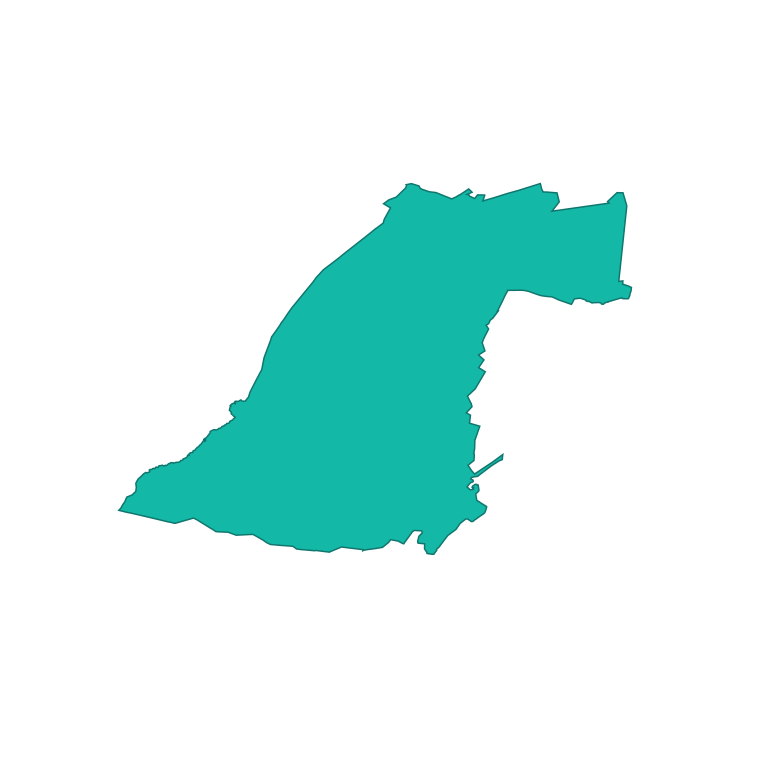 outline of Saunas pag., Preilu, Latvia, rotated 158°
{"feature_id": "27541924B85547198118139", "entity_name": "Saunas pag.", "entity_type": "district", "adm_level": 2, "iso_a3": "LVA", "parent_name": "Latvia", "parent_adm1": "Preilu", "projection": "equal_earth", "projection_center": [26.635, 56.393], "detail": "fine", "context": "isolated", "style": "filled", "palette": "teal", "viewbox_px": 768, "rotation_deg": 158, "n_neighbors": 0, "source": "geoboundaries", "source_scale": "gbopen_adm2", "svg_char_len": 6119}
<svg xmlns="http://www.w3.org/2000/svg" viewBox="0 0 768 768"><g transform="rotate(158 384 384)"><path d="M164.0,511.3L187.7,513.2L198.1,514.4L212.3,515.5L223.8,516.7L219.8,521.3L219.9,521.5L226.4,524.3L230.3,522.1L230.6,522.2L234.2,526.0L234.5,527.6L236.0,528.7L230.5,528.8L232.4,533.1L242.6,531.0L243.0,531.1L243.9,531.0L247.7,530.4L251.9,530.3L264.2,542.1L269.9,545.2L275.6,550.1L277.1,551.8L277.4,554.5L277.6,554.7L283.5,559.5L288.8,560.5L288.7,559.7L290.4,557.7L302.6,552.7L310.5,552.9L316.9,551.3L312.0,544.8L321.5,537.1L323.1,535.4L324.4,533.5L333.2,531.2L333.8,531.1L340.2,529.1L368.8,520.8L381.4,517.0L397.2,512.7L406.8,508.2L411.2,505.4L441.2,489.0L447.1,485.2L452.9,481.2L456.5,479.1L458.4,477.6L463.2,474.4L470.5,469.8L472.6,467.2L485.1,453.6L486.4,451.7L491.9,443.2L501.2,435.4L511.1,426.8L514.6,422.6L519.2,420.1L521.9,421.2L522.2,421.5L522.4,422.6L522.7,422.8L523.1,422.9L524.4,422.5L525.7,422.5L526.3,422.7L527.2,423.3L528.2,423.6L528.7,423.6L529.1,423.3L528.4,422.9L529.3,421.4L529.5,421.7L530.6,422.4L531.9,422.6L532.5,422.5L534.6,421.7L534.8,421.5L534.2,421.0L534.2,420.8L535.5,419.9L536.1,419.2L537.1,417.7L537.2,417.2L536.8,416.7L536.0,415.1L536.7,414.1L536.8,413.5L535.9,412.0L535.5,410.6L534.4,409.1L534.5,408.8L534.7,408.6L536.7,408.1L537.8,407.3L538.3,407.2L539.1,407.4L541.2,407.0L541.4,406.4L542.0,405.9L542.7,405.8L544.5,406.3L545.9,405.5L547.2,405.6L548.1,405.2L548.3,405.0L549.7,405.3L550.3,405.2L551.2,404.6L551.8,404.4L552.5,404.4L553.8,404.7L555.1,404.2L555.9,404.2L556.5,404.1L557.1,404.3L557.9,405.0L559.3,405.4L560.1,405.3L560.9,405.4L562.4,405.1L563.0,405.1L563.1,404.5L563.6,403.8L564.9,403.1L565.4,402.7L566.5,402.2L567.1,401.6L569.1,400.7L570.8,400.6L571.9,400.1L572.0,399.8L571.9,399.6L571.5,399.5L570.7,399.6L570.4,399.4L570.2,399.2L570.5,398.5L571.5,397.9L571.8,397.9L572.0,398.3L572.8,398.8L573.2,398.8L574.2,397.9L575.4,397.4L576.1,396.7L577.9,396.3L579.1,395.5L581.3,395.0L582.3,394.5L583.0,394.2L583.4,393.7L583.8,393.6L585.7,393.5L586.3,393.3L586.5,393.0L586.5,392.6L586.7,392.4L587.0,392.2L587.5,392.2L588.7,392.7L590.1,392.6L590.9,392.2L591.1,392.0L591.3,391.8L591.4,390.8L591.8,390.8L592.3,391.5L592.8,391.5L593.5,390.4L594.1,390.1L595.3,389.8L596.5,389.7L598.2,389.8L598.6,389.2L598.9,389.0L599.7,388.9L601.0,389.2L602.1,388.6L603.2,388.3L604.1,388.5L606.2,389.3L606.9,389.3L608.5,389.2L608.7,389.4L608.9,390.0L609.2,390.2L609.9,390.3L611.1,390.9L611.4,390.9L612.6,390.6L613.7,390.8L615.5,390.0L616.1,389.9L616.5,390.0L617.2,390.6L618.2,390.4L618.8,390.4L619.9,391.7L620.2,391.9L621.1,391.7L622.2,392.2L623.3,392.4L623.8,392.3L624.2,391.7L624.8,391.4L625.4,391.5L626.3,392.3L626.8,392.3L627.8,391.6L628.4,391.5L628.6,391.5L629.0,392.0L629.8,392.2L630.2,392.2L631.1,391.8L631.5,391.8L632.4,392.2L633.5,392.3L633.9,392.1L633.9,390.9L634.0,390.7L634.3,390.4L634.8,390.3L637.0,390.4L637.3,390.6L637.9,391.2L638.2,391.2L640.3,390.8L640.8,390.7L642.0,390.0L647.5,388.0L648.6,387.2L651.1,385.1L651.4,384.5L652.4,380.9L654.2,377.7L654.4,377.5L654.9,377.2L658.9,375.6L659.8,375.5L664.8,375.5L666.4,374.0L668.4,371.9L671.6,369.9L674.1,367.8L675.1,367.2L677.2,366.2L671.1,361.8L667.8,359.6L667.6,359.6L667.3,359.3L650.2,347.3L636.2,337.3L633.1,335.3L630.6,333.4L629.3,333.0L615.0,331.5L611.3,331.1L610.7,330.9L608.4,328.3L598.5,314.8L597.4,313.5L595.3,310.3L593.4,309.2L584.1,305.0L577.7,299.2L562.2,293.8L561.5,293.2L560.0,291.4L554.5,284.4L552.5,281.2L549.5,277.8L539.5,272.7L529.3,267.7L526.9,263.8L523.0,261.6L519.4,259.8L511.0,255.5L509.4,255.1L497.7,248.6L493.8,248.7L484.5,248.8L465.2,238.1L465.8,237.4L465.2,237.5L460.7,236.5L453.8,234.7L446.6,233.1L439.1,235.4L436.2,237.2L429.8,233.1L426.7,229.4L425.5,228.4L424.0,229.5L412.9,236.4L410.8,236.9L404.1,233.7L404.2,231.7L408.6,229.8L410.1,227.8L411.7,225.5L412.1,223.9L411.9,223.6L406.2,220.6L408.2,215.9L407.3,211.8L407.3,211.4L407.6,210.8L406.6,210.1L405.8,209.8L405.7,209.6L403.0,208.0L401.6,207.5L397.3,210.2L397.1,211.1L395.9,211.6L394.6,211.9L382.9,218.9L381.4,219.7L371.7,222.2L365.7,226.2L359.1,228.1L357.9,228.0L357.6,227.9L357.0,227.3L355.3,225.0L355.1,224.3L354.3,223.6L353.2,223.3L352.2,223.5L350.6,224.1L349.6,224.2L345.3,225.3L339.8,226.5L339.1,226.8L338.5,227.2L337.0,228.8L334.8,231.6L334.8,232.0L338.7,237.3L339.8,239.1L340.8,240.2L341.0,240.8L341.6,241.3L340.3,247.0L340.0,247.6L339.9,247.8L339.5,248.0L337.5,248.7L336.1,249.4L335.7,250.1L334.6,254.9L335.1,254.9L335.4,256.0L336.6,256.7L337.2,256.8L338.1,256.5L339.6,256.3L340.7,255.6L340.8,255.0L341.0,254.9L340.8,254.6L340.1,254.6L339.8,254.3L340.7,253.7L340.2,253.3L340.3,253.0L340.8,252.9L341.6,253.0L343.2,253.4L343.7,253.6L344.8,256.0L345.4,256.7L345.6,257.3L345.2,257.6L344.5,258.1L341.6,259.7L339.9,260.1L338.4,259.9L337.8,260.2L337.6,260.6L337.5,261.6L338.7,263.0L339.2,263.2L339.3,263.5L337.9,264.6L335.4,264.2L331.7,263.3L328.8,264.2L315.5,267.8L306.2,269.6L302.7,269.6L300.3,274.1L312.4,271.0L333.8,266.6L335.2,270.8L336.6,277.2L329.2,279.4L326.8,284.6L326.5,286.0L326.8,286.1L324.4,289.7L321.1,297.1L321.0,297.8L320.8,297.8L311.0,309.0L319.4,315.6L315.5,322.7L318.5,326.4L310.9,330.0L310.5,333.0L311.2,341.5L301.3,345.3L285.5,357.4L290.1,363.7L282.3,368.9L285.5,375.5L278.0,376.9L277.5,385.6L276.8,386.1L276.0,387.2L273.3,389.8L266.4,395.8L267.3,400.2L264.5,400.7L262.7,402.2L262.1,403.2L258.4,404.3L250.9,408.8L251.6,409.0L243.8,415.9L238.6,420.7L234.6,424.0L234.3,424.5L221.8,419.6L219.1,418.3L217.2,417.1L215.1,415.6L208.1,409.4L205.0,406.9L200.1,404.1L196.1,402.1L195.1,401.4L190.6,396.6L180.5,387.7L179.9,388.0L175.6,391.6L170.0,390.1L165.7,386.5L165.4,385.2L163.5,383.9L163.0,383.9L160.9,381.3L158.5,380.6L154.1,379.0L152.6,377.8L152.4,376.7L151.1,375.9L150.5,375.8L149.7,376.3L146.9,376.4L145.8,376.1L145.8,376.3L131.2,374.9L131.1,374.0L129.4,373.1L127.0,372.1L125.4,371.6L123.1,373.8L122.7,374.3L122.4,375.1L121.3,376.4L120.4,377.3L118.4,380.8L120.3,382.9L125.3,387.2L123.9,390.1L127.9,391.2L92.2,458.1L91.6,463.5L90.8,471.8L96.3,474.1L108.4,469.4L107.6,467.4L163.5,481.3L153.3,487.2L152.0,496.4L161.4,501.1L161.5,501.0L164.5,502.5L164.8,505.8L164.1,510.0L164.0,511.3Z" fill="#14b8a6" stroke="#0f766e" stroke-width="1.5"/></g></svg>